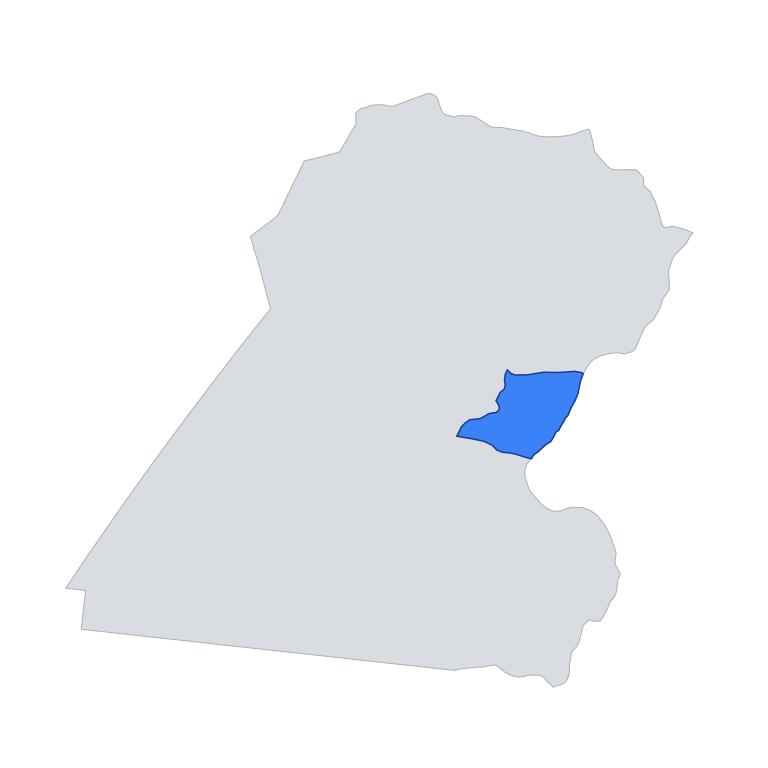 where Surt sits in Libya, rotated 100°
{"feature_id": "LBY-2985", "entity_name": "Surt", "entity_type": "Municipality", "adm_level": 1, "iso_a3": "LBY", "parent_name": "Libya", "parent_adm1": "", "projection": "albers", "projection_center": [17.512, 29.873], "detail": "fine", "context": "in_parent", "style": "filled", "palette": "blue", "viewbox_px": 768, "rotation_deg": 100, "n_neighbors": 0, "source": "natural_earth", "source_scale": "10m", "svg_char_len": 4222}
<svg xmlns="http://www.w3.org/2000/svg" viewBox="0 0 768 768"><g transform="rotate(100 384 384)"><path d="M105.0,222.3L109.4,220.4L115.5,218.4L118.7,216.7L120.1,215.3L125.0,209.3L127.6,205.9L131.1,201.3L132.7,198.1L132.9,195.0L132.6,191.2L130.7,182.1L129.3,173.3L131.1,170.1L132.4,168.5L135.4,164.6L136.6,163.9L142.5,163.0L145.1,160.4L147.1,157.1L147.6,155.4L150.3,153.6L153.5,152.0L155.5,149.6L161.9,146.2L167.8,143.1L174.5,139.9L179.8,137.3L180.9,135.0L181.0,132.8L178.5,127.9L178.8,122.2L179.2,117.5L179.6,114.7L181.2,107.1L181.4,106.0L186.5,108.8L191.8,110.1L207.3,120.5L212.3,121.9L223.5,123.5L236.9,120.1L241.9,119.6L250.5,123.6L254.3,124.8L260.7,125.3L271.7,129.0L274.4,130.2L280.7,135.7L283.8,137.4L306.6,142.9L309.6,146.2L312.7,152.4L312.7,160.2L314.4,165.8L317.1,173.1L320.5,178.3L324.3,182.6L328.6,185.4L338.7,189.5L350.2,191.1L361.8,191.7L381.6,197.2L398.5,203.5L402.7,206.6L411.2,209.6L428.2,224.3L437.6,229.3L444.3,230.2L450.2,229.2L460.6,223.9L464.9,220.8L475.2,207.8L478.5,201.0L479.8,196.3L479.3,191.5L477.9,187.3L474.9,182.8L472.7,176.9L471.3,166.3L472.8,158.8L474.7,154.3L477.7,149.7L486.1,140.8L494.6,134.5L509.6,126.1L518.4,125.7L522.0,124.7L529.1,118.8L532.0,118.5L536.1,119.7L548.1,118.9L553.4,120.2L559.8,123.5L567.9,125.3L573.6,127.2L579.7,129.7L581.4,136.6L580.8,138.7L580.8,141.4L587.3,145.9L605.1,147.2L608.6,148.3L613.7,151.7L616.9,152.7L629.1,152.5L636.1,151.3L642.9,152.1L645.5,153.2L648.3,155.9L651.9,162.7L653.3,165.0L652.0,166.2L650.2,168.7L649.2,171.0L646.2,174.7L643.7,178.7L644.3,184.2L645.3,189.8L647.5,195.2L649.4,201.2L649.3,205.2L648.2,210.3L646.9,214.5L642.1,223.2L641.4,225.3L641.9,228.1L645.8,238.0L646.2,241.1L648.8,250.7L651.1,258.5L653.5,264.6L653.9,266.3L654.5,275.5L655.1,284.6L655.7,293.8L656.3,303.0L656.9,312.1L657.5,321.3L658.1,330.5L658.7,339.6L659.3,348.8L659.9,358.0L660.5,367.1L661.0,376.3L661.6,385.4L662.2,394.6L662.8,403.7L663.4,412.9L664.0,422.0L664.6,431.2L665.2,440.3L665.8,449.4L666.4,458.6L667.0,467.7L667.6,476.8L668.2,485.9L668.8,495.1L669.4,504.2L670.0,513.3L670.5,522.4L671.1,531.5L671.7,540.6L672.3,549.7L672.9,558.8L674.2,578.9L675.5,599.1L676.8,619.2L678.1,639.3L677.9,639.4L677.8,639.5L677.6,639.6L668.1,640.2L658.5,640.8L648.9,641.4L639.3,641.9L639.5,646.9L639.8,652.0L640.1,657.0L640.4,662.0L621.2,653.5L602.0,644.9L583.0,636.2L564.0,627.4L545.0,618.6L526.2,609.6L507.4,600.6L488.7,591.5L470.1,582.3L451.6,573.0L433.1,563.6L414.8,554.2L396.5,544.7L378.3,535.1L360.1,525.4L342.1,515.6L329.6,508.8L316.1,515.1L305.4,520.0L291.3,526.4L275.0,534.7L262.5,541.0L261.9,540.9L261.4,540.8L248.9,529.1L239.2,519.9L234.8,517.3L216.2,512.1L197.7,506.8L178.2,501.2L175.0,493.8L171.4,485.6L166.6,475.3L163.6,469.0L162.6,467.9L147.9,462.3L132.4,456.6L123.0,458.9L121.4,458.6L118.9,456.6L116.5,454.0L115.3,450.4L111.9,445.6L109.2,434.7L109.4,426.3L108.9,423.2L101.6,410.8L95.0,399.5L90.6,391.9L89.9,388.6L90.7,384.6L93.0,381.2L100.3,377.4L107.0,373.2L108.1,370.0L109.1,361.2L107.2,358.3L106.0,352.9L105.0,345.7L105.1,341.2L108.5,332.3L112.4,323.0L111.0,312.4L110.9,291.2L113.0,274.6L112.6,268.5L112.2,266.0L110.7,258.0L108.6,249.7L107.6,246.8L104.8,240.1L99.8,231.6L97.3,226.4L101.4,224.1L105.0,222.3Z" fill="#d9dde1" stroke="#a8b0b8" stroke-width="1"/><path d="M339.2,189.6L347.0,191.1L359.9,191.3L367.4,193.0L375.0,195.7L381.0,197.0L382.2,197.0L382.5,197.2L382.8,197.4L384.1,198.0L385.1,199.0L385.4,199.2L385.7,199.3L390.9,200.9L393.6,202.2L396.6,203.2L399.1,203.7L399.6,204.1L400.6,205.5L401.2,206.1L401.9,206.5L405.1,207.2L410.6,209.3L411.8,209.9L412.8,210.9L415.9,214.5L424.6,220.9L426.5,223.1L427.6,224.0L429.9,225.2L431.4,225.5L432.1,225.9L431.5,233.3L430.3,241.2L430.0,248.1L430.7,254.9L429.6,261.0L425.4,267.1L423.1,275.5L422.7,287.3L422.8,302.6L422.8,303.3L418.7,302.0L413.0,300.5L408.0,297.1L404.2,293.3L402.7,287.6L401.2,283.0L398.1,279.2L395.1,275.8L393.5,272.0L392.8,268.9L389.8,266.3L387.1,266.3L384.4,267.8L381.0,270.8L377.5,269.7L372.2,268.2L368.4,264.8L363.8,264.4L360.0,265.9L353.2,266.3L349.0,265.1L348.4,265.5L351.7,260.5L352.4,256.4L351.3,251.0L350.2,244.6L347.2,236.2L344.6,228.6L343.5,221.0L342.1,213.0L339.9,204.3L338.4,198.3L338.4,191.5L339.1,190.0L339.2,189.6L339.2,189.6Z" fill="#3b82f6" stroke="#1e3a8a" stroke-width="1.5"/></g></svg>